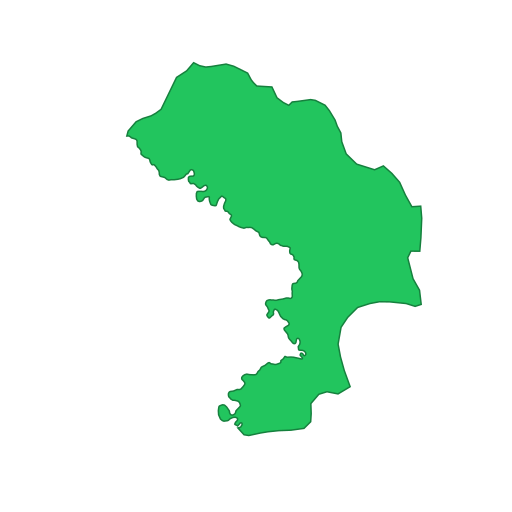 outline of Hoeryong City, Hamgyŏng-bukto, North Korea, rotated 296°
{"feature_id": "82179303B62276356715792", "entity_name": "Hoeryong City", "entity_type": "district", "adm_level": 2, "iso_a3": "PRK", "parent_name": "North Korea", "parent_adm1": "Hamgyŏng-bukto", "projection": "natural_earth1", "projection_center": [129.627, 42.513], "detail": "fine", "context": "isolated", "style": "filled", "palette": "green", "viewbox_px": 512, "rotation_deg": 296, "n_neighbors": 0, "source": "geoboundaries", "source_scale": "gbopen_adm2", "svg_char_len": 6135}
<svg xmlns="http://www.w3.org/2000/svg" viewBox="0 0 512 512"><g transform="rotate(296 256 256)"><path d="M376.2,363.6L385.2,352.8L389.8,341.9L392.8,331.0L385.5,324.8L382.7,306.2L387.3,292.3L396.3,283.0L403.8,278.3L408.3,272.1L412.8,267.5L418.8,258.2L421.8,252.0L421.9,241.1L420.5,236.5L413.2,225.6L410.3,221.0L405.8,219.4L405.9,213.2L407.4,205.5L414.9,196.2L409.1,182.2L410.7,177.6L412.2,174.5L416.7,168.3L416.8,152.8L415.4,145.0L406.7,132.7L403.8,128.0L402.3,121.8L402.4,115.2L392.0,112.5L381.7,106.3L346.2,106.4L340.3,103.3L335.9,100.2L330.0,94.0L324.1,89.4L312.3,86.3L307.2,87.3L308.0,88.8L308.2,89.4L308.0,91.0L307.6,92.3L308.2,95.9L308.2,97.2L308.0,97.7L307.4,98.6L304.1,100.3L302.3,101.7L301.8,103.7L300.8,105.7L300.2,106.4L299.4,107.1L297.7,107.7L297.1,108.2L296.3,111.3L296.1,112.5L296.2,114.0L296.7,116.8L296.5,117.5L295.8,118.4L294.5,119.4L293.7,120.3L292.5,122.2L292.5,122.9L293.3,124.1L293.3,124.8L292.3,127.2L291.0,129.2L290.7,130.1L290.2,131.1L289.0,132.2L286.9,133.4L285.9,134.6L285.7,135.2L286.5,139.1L286.5,139.9L285.8,142.6L286.0,144.4L287.4,146.3L288.6,148.9L290.7,152.1L292.3,154.1L294.9,156.3L296.2,156.8L299.2,157.5L300.0,158.6L304.6,159.3L305.4,160.3L305.5,161.6L305.4,162.1L304.9,162.9L303.3,164.3L302.0,164.9L301.0,164.9L300.2,164.5L299.4,162.9L298.7,161.7L297.7,161.0L296.8,160.9L294.9,161.8L293.7,162.7L293.0,164.4L292.4,165.1L292.4,165.8L293.7,167.8L293.8,168.9L293.5,170.6L292.8,171.9L292.4,173.4L292.2,175.4L292.3,176.1L292.8,176.6L294.7,177.7L296.2,178.3L297.6,179.8L297.7,180.3L297.5,180.9L296.6,182.2L295.4,182.6L293.9,182.6L292.9,182.3L291.7,181.5L290.7,180.1L290.2,178.6L288.8,175.7L288.1,174.9L286.1,175.0L283.5,176.2L281.2,177.7L280.0,179.5L280.0,180.4L280.2,181.4L280.6,182.0L281.3,182.8L282.3,183.6L283.0,183.8L285.5,184.1L286.5,184.5L288.1,186.6L288.6,187.5L288.6,188.0L288.2,188.4L287.1,188.8L286.1,189.4L284.8,190.4L282.7,192.6L282.4,193.2L282.4,194.3L283.1,196.9L283.4,197.5L283.8,197.9L284.3,198.0L288.0,197.5L290.9,197.5L294.3,198.7L294.8,199.0L294.9,200.0L294.5,201.6L294.3,203.4L293.7,204.1L292.2,204.6L289.6,204.6L286.5,205.1L285.6,205.5L284.6,206.1L283.5,207.9L283.0,208.4L283.0,209.1L283.5,210.4L283.6,211.1L282.4,213.6L282.3,215.1L282.0,215.9L281.0,216.5L277.9,216.5L277.3,216.7L276.5,217.8L275.7,219.5L275.1,221.9L274.9,223.2L275.0,226.0L274.9,227.8L275.1,230.0L275.7,232.9L276.1,233.4L277.5,234.8L278.3,236.7L278.9,237.6L279.5,239.2L279.6,240.2L279.2,242.5L278.6,244.7L278.5,248.2L276.2,250.3L275.7,251.0L275.4,252.0L275.5,253.5L276.8,256.6L276.8,257.7L275.2,260.6L274.6,262.1L273.3,263.7L273.1,265.0L273.5,266.4L275.7,268.0L276.5,268.9L276.8,269.6L276.9,271.4L276.4,273.0L276.4,273.9L276.7,274.8L276.7,276.1L278.4,279.8L278.5,282.1L278.3,283.1L278.1,283.3L275.4,284.0L274.2,284.7L273.3,285.5L273.0,286.5L273.2,287.5L273.2,288.3L272.8,289.3L271.7,290.7L270.1,291.4L269.6,291.9L269.6,292.7L269.9,295.1L269.3,296.6L268.7,297.3L267.5,298.2L264.4,299.8L263.5,300.6L262.9,301.4L262.6,302.4L261.4,304.1L260.4,305.2L259.1,305.9L257.4,306.0L252.2,304.4L250.2,304.5L248.9,303.6L248.0,302.1L247.2,301.3L246.8,301.2L245.7,301.3L242.7,302.4L241.6,303.0L240.1,304.2L238.6,304.7L235.9,306.2L234.9,306.5L234.2,306.4L233.4,306.1L232.8,305.4L232.4,303.5L231.5,301.6L229.1,299.0L226.9,295.8L225.0,293.6L224.4,292.2L224.0,290.7L223.2,289.2L222.8,287.8L221.9,286.5L220.7,285.4L219.8,285.2L218.7,285.2L217.1,285.6L216.3,286.4L215.3,288.5L213.4,290.7L212.7,291.7L211.6,292.0L208.6,291.6L207.8,291.6L207.3,292.0L206.6,293.0L206.0,294.5L206.0,295.0L206.5,295.5L209.2,296.5L210.7,297.3L211.7,297.2L213.1,296.2L213.8,296.0L215.7,295.9L216.1,296.0L216.6,296.4L216.7,297.3L216.6,298.8L216.3,299.7L215.3,301.2L213.6,303.2L212.4,304.8L212.2,305.7L211.5,307.4L211.4,309.4L211.8,311.2L211.5,312.8L210.1,315.1L209.6,315.6L208.9,315.7L207.7,315.4L205.7,314.0L203.6,312.9L202.8,313.1L201.9,314.0L199.8,318.5L198.9,319.5L197.5,320.5L196.7,321.2L195.8,322.8L195.1,324.7L194.0,327.0L193.8,328.0L194.0,328.9L194.5,329.5L195.6,329.8L198.7,329.0L199.7,329.0L200.2,329.4L200.5,330.1L200.4,331.0L200.0,331.6L198.9,332.8L197.5,333.6L195.7,334.0L193.0,333.7L190.6,335.3L190.3,336.0L191.5,339.0L191.7,339.9L191.6,341.3L190.9,342.9L190.2,343.5L189.5,343.9L188.4,343.8L187.6,343.2L187.6,342.3L188.6,340.9L188.7,340.3L188.6,339.4L188.2,338.9L187.0,338.9L186.1,339.3L184.8,342.4L184.1,342.7L183.6,342.4L183.2,341.6L182.8,339.4L181.5,334.2L180.5,331.7L178.6,328.2L178.5,326.3L178.3,326.0L175.6,325.6L173.0,324.3L172.5,324.3L171.8,324.8L171.1,324.9L170.0,324.3L167.6,321.9L166.8,320.7L166.3,318.5L165.7,316.9L165.7,316.3L166.0,315.3L166.0,314.7L165.7,314.2L165.0,313.6L161.7,312.1L159.1,310.0L158.1,309.5L155.3,309.4L153.1,308.5L150.9,308.4L149.8,308.1L149.1,307.5L148.2,306.1L146.5,302.1L145.8,299.5L144.5,298.0L142.8,296.9L140.7,296.4L139.3,297.0L138.8,297.8L138.4,299.1L137.8,300.5L137.0,301.6L136.4,302.0L135.2,302.1L133.0,301.7L129.7,300.7L129.2,300.2L128.8,299.8L127.7,297.5L124.7,294.9L122.9,292.2L121.9,291.6L120.6,291.5L119.8,291.7L118.4,292.5L117.5,293.3L117.2,294.3L116.4,296.0L116.2,298.4L117.0,300.2L117.4,302.2L117.6,302.9L117.5,304.3L117.0,305.4L116.5,306.1L114.9,307.5L114.3,307.7L113.2,307.5L108.2,305.9L105.9,306.3L104.9,306.2L103.5,305.4L102.5,304.3L102.3,303.1L102.9,301.7L103.5,301.0L104.9,300.1L105.4,299.4L107.4,295.8L108.1,293.4L108.1,292.5L107.5,291.0L105.7,289.3L104.9,288.8L104.1,288.8L102.1,289.4L100.4,290.0L96.9,292.0L93.9,295.5L93.3,297.9L93.5,299.6L95.5,302.6L96.2,303.2L98.6,304.2L100.7,306.0L101.5,307.2L102.1,308.4L102.1,309.8L101.7,310.8L100.7,311.2L99.8,311.2L97.6,310.5L95.6,310.6L95.3,311.3L95.4,312.8L95.2,314.0L99.1,315.1L99.6,315.6L99.6,316.5L99.3,316.9L98.4,317.4L95.9,317.3L94.9,316.7L93.5,315.1L90.1,323.6L91.5,328.2L98.8,337.5L103.2,343.7L109.0,353.0L114.8,363.8L122.1,374.7L131.0,377.8L138.5,374.7L147.4,370.0L159.3,373.1L165.1,379.3L168.0,390.2L179.8,397.9L191.8,385.5L202.3,376.2L212.8,368.4L229.2,363.7L241.0,365.3L254.3,369.9L263.2,379.2L269.0,387.0L273.4,396.3L279.1,411.8L280.5,421.1L284.9,425.7L296.9,418.0L304.4,407.1L320.9,393.1L328.3,393.1L332.1,401.1L344.7,396.2L362.6,388.4L373.0,382.2L368.6,374.5L376.2,363.6Z" fill="#22c55e" stroke="#15803d" stroke-width="1.5"/></g></svg>